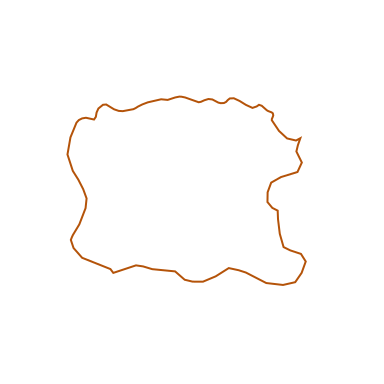 outline of Ganzourgou, rotated 117°
{"feature_id": "BFA-2828", "entity_name": "Ganzourgou", "entity_type": "Province", "adm_level": 1, "iso_a3": "BFA", "parent_name": "Burkina Faso", "parent_adm1": "", "projection": "albers", "projection_center": [-0.846, 12.259], "detail": "fine", "context": "isolated", "style": "outline", "palette": "amber", "viewbox_px": 384, "rotation_deg": 117, "n_neighbors": 0, "source": "natural_earth", "source_scale": "10m", "svg_char_len": 1380}
<svg xmlns="http://www.w3.org/2000/svg" viewBox="0 0 384 384"><g transform="rotate(117 192 192)"><path d="M240.2,113.0L240.5,114.9L243.1,124.7L256.4,132.6L266.9,141.5L271.6,150.8L273.5,158.7L270.4,171.0L278.8,192.4L280.5,201.8L282.8,208.6L299.8,225.4L297.7,229.7L300.5,260.0L295.7,272.1L289.7,278.2L286.9,278.5L284.4,278.6L272.0,277.7L254.7,279.5L245.6,283.0L238.9,290.2L232.6,298.9L227.3,307.8L215.1,320.0L198.5,325.1L182.6,326.4L179.3,325.5L176.3,323.3L174.0,320.2L171.9,312.2L168.7,311.8L164.5,313.1L160.1,313.3L154.7,310.9L153.0,308.2L153.7,299.0L153.0,294.1L151.4,290.4L144.8,281.8L142.8,280.3L140.4,278.9L136.5,276.0L132.2,272.1L123.4,261.6L121.0,255.5L115.4,249.9L112.7,246.5L111.9,244.7L110.9,241.1L109.0,226.8L107.6,225.0L104.6,222.6L101.7,219.6L100.3,215.9L100.4,209.1L99.8,206.7L98.2,203.9L96.2,202.5L93.9,201.9L91.5,200.8L89.5,197.3L89.3,191.6L89.3,190.6L89.9,183.5L89.6,176.3L86.4,173.2L83.9,171.9L83.5,169.0L85.2,162.5L85.3,160.9L84.9,157.2L85.2,155.7L86.8,154.4L88.8,154.1L90.7,154.0L91.8,153.5L98.1,142.2L101.1,131.6L98.9,122.7L94.9,119.9L102.2,118.9L108.5,117.4L115.9,107.5L126.3,107.1L138.3,119.5L147.7,125.7L157.9,124.5L166.7,120.2L169.7,113.2L169.7,107.2L177.2,103.0L189.4,94.8L199.5,85.4L199.4,77.9L197.7,66.8L202.3,59.1L214.3,57.6L221.8,58.6L225.5,59.1L233.5,68.7L239.4,84.5L239.3,107.5L240.2,113.0Z" fill="none" stroke="#b45309" stroke-width="2"/></g></svg>